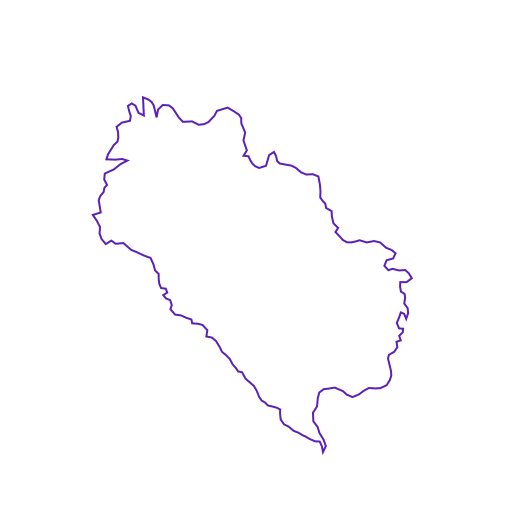 Riversul, São Paulo, Brazil, rotated 53°
{"feature_id": "56859067B40237510471645", "entity_name": "Riversul", "entity_type": "district", "adm_level": 2, "iso_a3": "BRA", "parent_name": "Brazil", "parent_adm1": "São Paulo", "projection": "orthographic", "projection_center": [-49.443, -23.844], "detail": "fine", "context": "isolated", "style": "outline", "palette": "violet", "viewbox_px": 512, "rotation_deg": 53, "n_neighbors": 0, "source": "geoboundaries", "source_scale": "gbopen_adm2", "svg_char_len": 2824}
<svg xmlns="http://www.w3.org/2000/svg" viewBox="0 0 512 512"><g transform="rotate(53 256 256)"><path d="M396.6,173.9L393.2,168.9L389.0,166.3L383.2,166.2L379.0,162.0L375.7,160.1L371.7,161.7L367.2,159.4L363.7,156.5L367.5,151.4L367.5,144.9L361.7,144.4L357.0,145.3L353.7,150.4L348.4,154.7L347.0,158.8L341.1,159.4L338.0,154.3L340.5,147.9L337.8,142.9L332.8,144.1L327.6,147.2L319.9,148.7L315.1,152.7L311.8,159.4L305.8,163.8L304.3,167.8L302.4,171.8L299.8,175.1L295.5,177.0L290.0,177.5L284.7,178.1L283.0,173.5L276.6,174.5L270.1,171.6L265.7,168.6L259.9,171.1L256.0,169.2L252.4,169.6L247.9,169.5L243.2,165.6L237.3,161.9L230.0,158.3L224.9,161.4L221.2,166.8L216.2,169.7L209.4,171.2L204.9,173.5L201.2,177.0L196.4,181.4L192.9,181.9L188.1,179.8L183.7,179.0L183.3,184.8L190.0,193.7L187.6,200.5L183.7,202.7L179.6,203.3L176.0,202.9L171.8,202.0L168.5,205.6L166.1,199.7L156.2,196.5L150.8,190.3L141.2,187.9L137.0,184.8L132.7,184.6L126.8,186.7L120.4,189.4L116.6,199.8L119.1,205.2L120.4,213.3L119.5,218.0L116.8,222.7L110.0,226.1L104.9,233.6L99.3,234.3L88.0,233.6L83.3,234.9L79.3,239.6L80.1,246.1L85.5,252.0L74.3,247.1L70.1,246.7L66.4,247.7L61.3,250.8L76.3,261.0L71.0,263.7L63.4,261.8L59.3,263.5L59.1,268.0L64.5,270.3L68.8,271.7L72.2,275.3L68.8,282.7L68.9,289.6L73.8,291.5L78.6,294.7L81.3,297.8L81.8,302.7L85.7,312.9L88.8,317.3L94.5,310.2L98.0,304.5L102.4,301.3L101.1,308.7L101.3,317.6L100.1,322.6L99.2,327.2L103.6,331.2L109.6,332.2L110.3,336.0L113.2,339.2L114.4,344.3L116.7,348.0L127.8,353.8L125.0,361.6L131.9,361.9L139.0,363.1L144.0,367.5L149.6,369.1L156.1,368.8L156.7,362.2L161.7,360.8L165.9,354.1L175.9,352.0L182.1,348.4L187.9,345.4L194.1,341.4L200.9,342.9L206.8,345.3L211.7,344.5L216.0,347.7L220.1,350.0L224.5,351.1L227.8,347.7L231.8,348.9L231.4,353.6L235.5,353.5L239.7,351.1L244.5,352.8L247.0,356.4L254.1,355.9L258.2,351.7L263.5,348.8L267.8,345.8L271.4,347.5L275.0,343.3L278.9,340.2L286.0,339.5L290.4,344.1L294.6,340.3L299.9,339.1L306.9,339.8L312.2,340.8L316.6,339.7L322.6,338.9L328.3,339.9L333.7,339.5L337.5,339.7L340.5,337.1L347.7,338.2L354.1,336.8L358.4,335.9L364.3,336.6L370.4,338.3L374.8,338.5L378.7,336.9L382.5,336.5L385.8,333.7L389.7,330.7L393.1,329.1L396.6,331.8L401.5,334.7L407.3,334.9L411.9,332.6L418.2,331.2L422.6,328.5L427.1,326.7L430.3,324.9L434.2,323.4L439.6,320.3L442.5,316.8L447.3,317.8L452.9,320.5L449.8,314.6L443.0,312.5L435.7,311.9L429.6,309.7L422.6,309.7L415.5,304.9L412.8,297.7L406.8,292.3L403.1,287.6L403.1,282.0L405.4,278.2L408.5,272.3L416.2,267.9L421.4,266.9L426.7,263.9L428.5,257.0L428.5,251.1L429.3,245.4L433.7,240.2L436.4,236.2L437.8,229.4L435.7,223.9L433.0,220.0L429.3,217.5L417.2,212.2L414.9,209.3L415.7,203.4L413.9,198.0L409.0,195.4L410.5,191.2L405.9,189.7L405.3,184.8L402.6,182.3L400.0,185.3L394.1,183.8L391.1,178.5L388.2,174.3L391.4,172.5L396.6,173.9Z" fill="none" stroke="#5b21b6" stroke-width="2"/></g></svg>